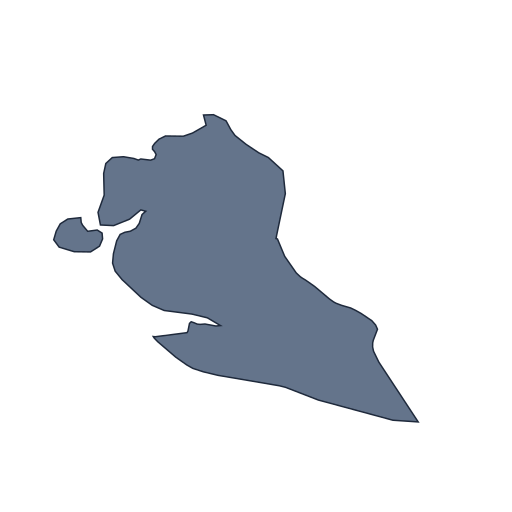 an SVG outline of Krong Preah Sihanouk, rotated 105°
{"feature_id": "KHM-1800", "entity_name": "Krong Preah Sihanouk", "entity_type": "Municipality", "adm_level": 1, "iso_a3": "KHM", "parent_name": "Cambodia", "parent_adm1": "", "projection": "equal_earth", "projection_center": [103.754, 10.721], "detail": "fine", "context": "isolated", "style": "filled", "palette": "slate", "viewbox_px": 512, "rotation_deg": 105, "n_neighbors": 0, "source": "natural_earth", "source_scale": "10m", "svg_char_len": 1598}
<svg xmlns="http://www.w3.org/2000/svg" viewBox="0 0 512 512"><g transform="rotate(105 256 256)"><path d="M360.4,334.4L360.1,332.5L347.9,302.8L346.2,302.3L338.3,302.8L336.3,301.6L336.5,298.6L337.0,295.1L336.5,292.2L334.9,287.7L334.0,276.6L332.4,272.3L328.3,287.0L328.7,303.0L332.4,330.6L330.5,343.5L325.7,356.4L313.5,379.2L307.1,388.1L300.0,392.7L290.7,394.3L277.4,394.5L270.3,392.8L267.0,388.8L264.6,383.8L260.2,379.2L254.7,377.2L245.4,376.8L241.3,374.1L241.3,379.2L253.1,387.6L263.5,401.4L266.3,414.3L254.7,419.9L236.5,418.4L215.7,424.5L205.5,425.0L198.1,420.3L194.4,409.7L193.4,399.2L193.8,394.5L192.1,392.4L190.7,382.6L188.3,379.2L183.9,378.7L181.5,380.9L179.7,383.6L177.0,384.3L173.4,383.0L168.2,379.9L163.5,374.5L159.1,357.2L153.7,349.2L142.6,338.0L133.4,343.2L130.5,333.6L133.2,319.9L140.5,313.0L145.0,307.5L150.7,294.5L155.6,280.0L157.7,269.5L166.8,252.0L188.2,243.8L231.5,241.4L231.9,241.3L234.0,241.2L234.0,239.7L248.9,228.2L261.9,212.8L264.5,208.0L265.5,205.2L266.3,202.3L270.2,191.6L278.5,173.9L280.2,169.4L280.9,166.6L281.5,160.6L281.7,151.1L282.7,145.9L284.3,139.6L288.5,127.4L291.7,122.6L295.3,119.7L307.0,120.9L309.7,120.8L313.7,119.8L317.6,117.8L326.7,109.9L374.3,56.4L379.2,81.3L379.0,158.5L375.2,193.7L375.3,199.8L381.1,261.7L381.5,277.0L380.9,287.9L379.2,294.5L374.5,307.3L364.3,328.6L361.8,332.8L360.5,334.3L360.4,334.4ZM287.0,409.7L294.9,416.9L298.9,432.7L298.4,448.4L292.7,455.6L283.7,455.4L275.6,453.4L269.0,447.4L264.3,435.2L268.9,433.5L271.2,431.4L275.7,425.0L272.0,416.1L273.7,410.6L279.2,408.6L287.0,409.7Z" fill="#64748b" stroke="#1e293b" stroke-width="1.5"/></g></svg>